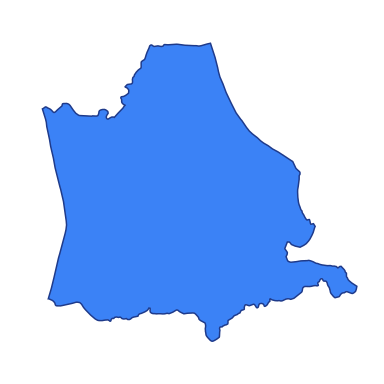 outline of Maha Rat, Phra Nakhon Si Ayutthaya, Thailand, rotated 264°
{"feature_id": "78962969B63768229045772", "entity_name": "Maha Rat", "entity_type": "district", "adm_level": 2, "iso_a3": "THA", "parent_name": "Thailand", "parent_adm1": "Phra Nakhon Si Ayutthaya", "projection": "mercator", "projection_center": [100.519, 14.568], "detail": "fine", "context": "isolated", "style": "filled", "palette": "blue", "viewbox_px": 384, "rotation_deg": 264, "n_neighbors": 0, "source": "geoboundaries", "source_scale": "gbopen_adm2", "svg_char_len": 5828}
<svg xmlns="http://www.w3.org/2000/svg" viewBox="0 0 384 384"><g transform="rotate(264 192 192)"><path d="M100.8,37.9L100.7,38.5L100.0,39.7L98.9,41.6L98.0,42.6L97.4,43.1L95.9,44.0L94.1,44.3L93.7,44.5L93.1,45.1L92.9,45.9L92.5,49.1L92.6,50.7L93.8,61.4L94.4,64.6L94.5,65.6L94.4,66.5L93.8,68.7L93.6,69.0L92.0,70.4L88.5,72.1L86.1,73.7L80.1,78.4L75.9,82.4L74.5,84.4L74.1,85.2L73.8,86.5L73.5,89.3L73.7,92.1L73.6,95.0L72.9,96.1L72.1,96.9L72.1,97.5L72.5,97.9L73.8,98.3L74.6,99.5L74.4,100.9L75.4,102.0L75.6,103.9L74.9,105.8L75.1,107.0L75.0,107.6L74.6,108.2L73.4,109.2L72.9,110.5L72.8,111.9L73.0,113.5L72.3,114.2L71.9,114.8L71.7,116.3L72.1,117.6L73.3,119.3L73.7,120.8L74.1,125.2L75.5,126.0L75.9,126.5L76.3,127.1L76.6,129.0L77.7,132.5L78.7,134.7L79.2,135.4L80.2,136.4L81.1,137.0L80.8,138.1L80.2,138.2L78.9,138.0L78.3,137.8L77.6,138.0L77.2,137.9L76.9,138.0L75.9,138.9L75.3,140.0L75.0,141.3L74.9,142.5L74.5,143.7L74.6,144.2L74.2,148.1L73.8,150.2L73.7,152.2L74.0,154.6L73.4,156.5L74.5,160.4L76.1,163.8L76.3,164.5L75.9,165.6L74.4,167.0L72.9,169.2L71.7,171.2L71.9,174.8L71.6,180.2L71.3,181.5L71.0,182.0L70.1,182.9L67.4,184.9L66.3,185.4L64.7,185.7L64.2,186.1L63.3,187.0L60.8,190.7L60.4,191.2L59.4,191.5L57.5,191.6L56.4,191.4L54.6,190.9L53.0,190.9L52.1,190.8L49.8,191.0L48.7,191.0L47.7,191.2L45.9,192.2L42.8,194.5L41.8,195.6L41.5,196.4L41.5,197.3L42.1,199.1L43.4,201.8L44.7,203.9L45.5,204.2L50.0,204.9L51.5,205.3L53.1,205.1L54.5,205.5L54.8,206.4L54.7,207.8L55.5,208.8L55.6,209.4L56.2,210.6L56.3,212.0L57.0,213.7L58.0,214.1L60.0,214.3L60.5,214.5L62.5,218.8L64.6,221.1L65.5,224.4L66.3,225.4L66.7,227.0L68.5,228.1L69.1,228.7L69.5,230.7L69.8,231.6L70.1,231.8L71.7,231.9L72.8,232.3L73.9,232.9L74.2,233.3L74.1,234.4L73.1,236.5L72.9,237.2L73.9,241.2L73.9,241.8L73.6,242.2L72.9,242.8L70.6,243.9L70.2,244.2L70.0,244.8L70.3,245.5L70.7,245.9L73.2,246.9L73.7,247.5L73.9,248.1L73.9,249.7L73.4,250.8L72.4,251.6L70.9,252.0L70.7,252.3L70.7,252.8L71.3,254.1L72.1,255.1L74.1,256.5L75.3,258.1L76.9,258.1L77.4,258.3L77.6,258.6L76.4,260.3L75.3,263.2L74.9,265.5L74.9,267.3L74.3,269.1L74.4,270.6L75.6,274.0L75.8,275.4L75.7,276.9L75.5,277.7L75.0,278.7L75.0,279.3L75.6,282.1L75.9,282.7L80.9,290.5L81.4,290.9L82.2,291.3L84.8,292.0L85.4,292.6L86.2,293.8L86.2,295.1L85.7,298.8L85.7,300.5L86.1,303.7L86.0,305.1L85.6,306.6L85.7,307.4L85.9,307.8L86.2,307.9L88.0,307.5L88.7,307.7L89.2,308.2L89.6,309.2L91.5,310.3L92.0,310.9L92.2,311.6L92.1,312.2L91.8,312.5L91.2,312.9L90.3,313.1L89.8,313.5L89.6,314.0L89.4,315.6L89.1,316.1L88.5,316.5L87.5,316.9L85.8,317.1L84.5,317.5L82.4,318.6L81.4,318.7L80.0,319.0L77.8,319.2L76.6,319.6L73.1,321.9L71.9,323.2L72.5,327.2L72.7,327.6L74.6,329.1L75.7,330.6L75.9,331.7L75.9,333.1L76.7,334.6L76.7,335.7L74.5,340.1L74.3,341.2L74.8,342.4L76.0,344.2L78.0,345.2L81.0,346.1L84.9,341.3L87.2,339.1L88.7,338.0L90.3,337.6L91.4,336.9L91.8,336.8L95.1,337.1L96.3,336.1L97.9,335.8L99.1,335.1L102.5,332.5L102.5,331.3L101.4,329.5L101.3,329.1L101.5,328.8L102.5,328.0L102.9,327.5L103.1,326.6L103.5,325.6L103.5,324.4L104.4,321.8L104.6,318.9L105.9,313.7L106.7,311.5L107.7,309.6L108.2,307.8L109.9,305.3L111.1,302.9L111.8,301.0L111.7,299.4L112.1,293.2L111.8,288.3L111.8,283.3L111.9,282.6L112.7,280.9L113.4,280.1L114.4,279.7L117.9,278.8L119.5,279.8L120.3,280.2L121.7,280.5L122.2,280.4L125.7,278.5L126.1,278.4L132.3,281.6L132.1,283.2L131.9,283.8L129.4,285.4L127.4,289.0L125.8,293.7L127.3,297.6L128.7,300.2L131.1,302.8L132.9,304.4L136.5,306.8L139.1,308.3L143.9,310.3L144.9,310.9L147.8,309.5L147.5,307.0L147.5,306.9L148.4,306.5L150.9,306.2L152.3,305.9L152.4,305.5L152.1,303.5L153.1,302.6L155.1,301.6L157.6,300.7L159.9,299.5L161.6,299.4L163.1,298.4L165.5,297.9L168.5,297.1L170.8,296.8L175.7,296.7L180.8,297.0L183.2,297.3L186.8,298.3L193.5,299.9L197.0,300.3L198.5,301.3L200.2,301.4L200.9,301.1L203.8,298.5L204.7,297.8L211.7,295.4L222.7,282.0L226.4,276.6L230.0,272.7L233.2,268.3L235.8,265.5L239.0,262.8L243.6,258.0L246.6,255.4L250.6,252.9L257.9,249.0L259.1,248.1L266.1,244.1L276.4,240.2L287.5,236.3L296.2,234.1L303.4,231.8L308.9,230.9L313.1,230.5L323.4,229.0L338.0,225.9L337.6,222.4L336.5,216.3L336.4,214.1L337.1,211.4L337.3,209.4L338.7,200.3L340.4,193.3L340.6,192.0L340.9,183.5L341.5,180.2L341.3,179.5L340.5,178.8L340.1,178.3L339.9,177.2L340.1,175.9L340.9,173.4L340.7,170.1L340.7,169.4L341.1,168.8L342.4,167.3L342.5,166.6L342.2,165.9L341.7,165.2L339.9,164.4L335.6,161.9L333.3,160.8L330.2,159.5L329.1,158.9L328.6,158.4L327.5,156.2L326.6,155.1L325.6,154.9L321.5,154.5L320.6,154.1L320.3,153.7L319.0,151.4L317.0,149.1L314.5,147.0L312.9,146.4L312.1,145.2L310.2,144.5L307.7,144.4L306.7,144.1L306.2,143.7L305.8,142.9L305.7,139.4L305.6,138.8L303.7,136.5L303.3,136.6L302.4,138.1L301.9,138.6L300.4,139.6L299.2,139.7L296.9,139.2L295.5,137.0L294.8,135.6L294.2,134.0L294.1,131.8L293.8,131.3L293.4,131.1L292.7,131.1L291.8,131.5L291.2,131.7L289.5,131.5L288.2,131.6L286.8,132.5L286.1,133.3L285.4,134.4L285.3,134.5L284.4,133.5L282.9,132.3L282.3,131.7L278.2,126.8L274.3,122.5L274.7,122.0L274.8,121.5L274.9,120.5L274.9,119.8L274.1,117.8L273.4,116.6L273.3,116.0L273.5,115.3L273.9,115.0L274.7,114.6L275.6,114.6L276.5,114.9L277.2,115.3L279.0,116.8L280.4,116.8L281.1,116.5L282.2,115.4L282.9,114.4L283.3,113.4L283.4,111.4L283.1,109.7L282.6,108.6L281.9,108.0L279.7,107.4L278.0,106.5L277.7,106.1L277.6,105.5L277.5,104.7L278.1,101.1L277.9,100.1L279.7,88.8L280.0,87.5L282.5,84.6L285.8,82.5L290.8,79.8L292.1,78.7L292.8,77.6L293.2,76.4L293.4,73.3L293.2,72.5L292.8,72.2L291.2,71.7L287.8,66.8L286.0,64.6L285.5,63.4L285.6,62.8L285.9,62.4L288.0,60.8L289.1,59.8L290.4,57.9L290.7,57.2L291.4,56.5L291.8,55.8L291.9,55.0L290.7,52.9L290.3,51.9L279.7,54.0L276.4,54.4L272.3,54.4L259.0,55.8L252.1,56.2L240.1,57.7L230.4,58.4L210.8,61.2L208.7,61.6L195.9,63.2L176.4,63.9L172.3,63.8L167.9,62.8L164.0,61.5L144.4,54.0L140.5,52.4L121.3,45.8L111.0,42.1L100.8,37.9Z" fill="#3b82f6" stroke="#1e3a8a" stroke-width="1.5"/></g></svg>